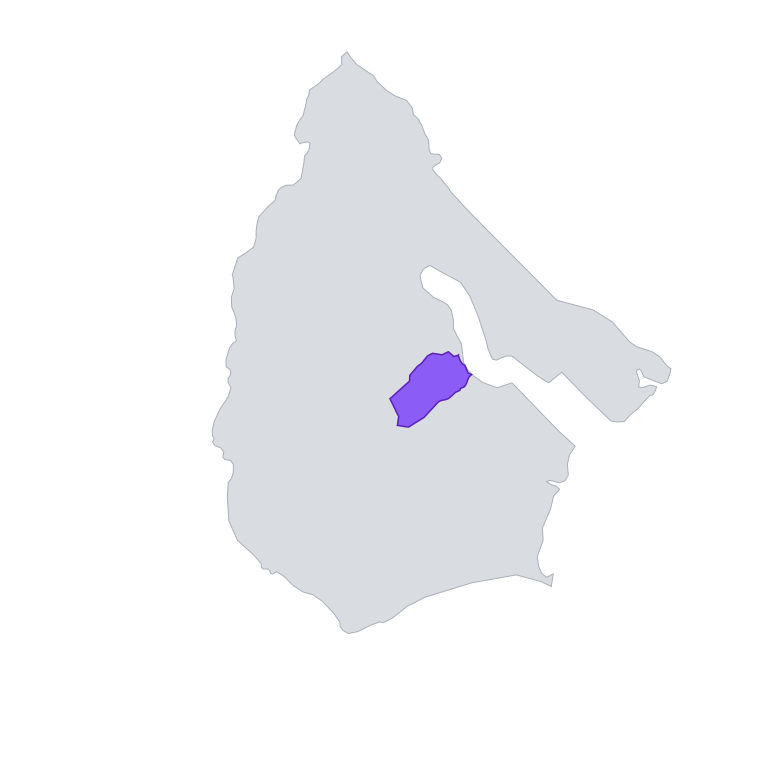 Koungheul, Kaffrine, Senegal shown in context, rotated 225°
{"feature_id": "50182788B42114348275286", "entity_name": "Koungheul", "entity_type": "district", "adm_level": 2, "iso_a3": "SEN", "parent_name": "Senegal", "parent_adm1": "Kaffrine", "projection": "natural_earth1", "projection_center": [-14.806, 14.237], "detail": "fine", "context": "in_parent", "style": "filled", "palette": "violet", "viewbox_px": 768, "rotation_deg": 225, "n_neighbors": 0, "source": "geoboundaries", "source_scale": "gbopen_adm2", "svg_char_len": 7973}
<svg xmlns="http://www.w3.org/2000/svg" viewBox="0 0 768 768"><g transform="rotate(225 384 384)"><path d="M568.4,353.7L576.5,369.7L574.8,377.4L573.0,388.5L577.5,396.7L582.8,402.0L586.6,406.9L590.8,413.6L591.5,427.0L590.8,436.7L593.5,441.0L595.9,446.6L595.4,451.2L593.9,455.2L588.8,460.6L588.0,470.6L596.3,482.8L601.6,489.4L601.6,493.2L603.1,497.3L607.0,502.2L609.4,501.0L612.1,497.1L613.3,494.4L620.4,495.6L623.7,496.8L628.3,504.7L630.0,510.0L631.1,516.6L635.9,524.9L640.1,530.8L641.0,534.4L644.7,539.3L642.4,550.3L642.7,555.9L640.2,570.6L639.7,577.5L639.9,580.1L645.5,585.3L645.0,592.8L639.2,591.5L629.3,590.6L609.3,594.5L602.5,592.9L589.4,593.4L580.1,595.5L568.2,600.4L559.0,599.2L554.1,595.4L547.5,595.6L540.1,593.6L532.3,589.9L525.1,588.1L517.4,581.3L513.7,580.1L511.2,581.8L509.1,584.1L506.8,585.5L502.6,584.3L501.0,579.7L502.3,575.2L502.7,571.8L500.8,570.0L496.0,569.4L488.4,569.4L476.1,568.0L473.3,567.1L445.8,566.0L417.2,565.8L393.0,565.7L362.5,565.6L341.0,565.5L320.9,565.4L305.5,574.4L288.7,584.2L266.2,589.4L240.2,587.5L231.9,588.9L223.4,593.3L217.0,596.4L208.1,598.3L196.6,596.8L191.9,597.7L189.0,593.2L185.7,586.0L187.8,580.7L194.8,577.3L205.4,572.8L211.0,575.1L214.2,575.2L214.8,572.4L213.8,570.9L205.8,567.0L201.7,561.9L198.2,564.9L195.3,571.1L192.8,573.0L189.2,574.8L187.2,570.5L186.3,566.4L187.9,563.2L187.1,545.2L188.1,535.6L187.6,527.2L192.7,521.7L197.4,518.3L215.9,517.9L233.2,517.6L249.8,517.8L266.7,518.0L268.4,501.3L273.7,499.9L281.7,498.2L296.7,496.2L313.3,494.2L316.8,490.9L319.6,485.4L321.4,480.4L324.8,478.3L329.4,479.9L335.5,482.5L341.9,486.6L349.1,490.3L353.9,492.7L365.5,498.6L385.4,506.8L401.7,510.1L421.4,504.1L435.6,500.2L437.4,493.0L435.2,486.0L424.6,479.5L410.1,480.3L405.7,482.0L399.0,484.1L395.0,485.0L388.2,483.5L379.5,477.9L374.1,472.3L366.5,469.7L357.5,467.1L343.1,455.5L335.6,453.4L328.4,452.8L314.7,455.1L301.4,461.3L294.3,475.3L280.9,475.1L252.5,474.6L226.4,474.2L204.8,475.2L202.7,465.0L197.6,456.9L189.3,450.0L187.5,443.6L190.3,438.0L198.4,433.4L200.2,430.1L196.0,430.6L189.6,433.6L185.4,433.7L184.9,424.9L177.9,413.4L170.1,394.1L161.1,386.1L153.6,370.4L145.8,364.4L138.6,361.6L132.4,362.2L130.1,369.4L122.5,359.1L133.0,355.4L155.5,342.5L181.4,305.5L204.6,261.6L207.6,251.3L210.4,243.4L212.3,225.5L215.7,214.8L218.8,212.8L222.7,204.6L227.5,190.3L232.8,182.3L238.8,180.8L243.5,181.4L246.8,184.4L256.5,186.2L272.7,186.9L285.2,184.8L294.0,179.8L305.5,177.3L319.9,177.2L327.4,175.1L328.2,171.0L330.0,169.8L333.0,171.4L335.9,170.8L338.5,167.8L341.1,167.6L343.8,170.2L355.8,170.9L377.2,169.9L396.9,177.5L415.1,193.5L424.5,204.2L425.1,209.6L428.1,215.0L433.5,220.5L438.5,221.5L443.0,218.0L446.5,218.4L449.1,222.6L454.3,223.4L460.0,220.9L464.2,221.8L464.9,224.2L465.9,225.5L468.6,226.1L472.4,229.3L477.7,237.8L482.0,249.7L485.3,265.0L489.7,273.3L495.1,274.7L498.3,277.8L498.9,281.4L500.5,283.9L503.1,285.3L507.7,284.5L513.1,289.6L518.9,300.8L519.8,305.9L518.9,308.6L519.3,310.6L523.1,312.5L526.8,316.1L529.8,321.6L536.2,326.5L546.1,330.8L553.2,337.2L557.5,345.7L566.6,352.9L568.4,353.7Z" fill="#d9dde1" stroke="#a8b0b8" stroke-width="1"/><path d="M328.7,452.8L328.8,452.8L329.0,452.5L329.6,452.3L330.0,452.2L330.4,452.0L330.8,451.8L331.2,451.7L332.0,451.3L332.4,451.2L333.0,451.5L333.8,451.8L335.2,452.4L336.5,452.9L337.5,453.4L337.6,453.5L337.9,453.6L338.0,453.6L338.3,453.8L338.5,453.8L339.1,454.0L339.5,454.1L339.8,454.2L340.1,454.4L340.3,454.3L340.5,454.3L340.7,454.2L341.0,454.1L341.4,453.9L341.7,453.9L341.9,453.8L342.1,453.8L342.4,453.8L342.6,453.8L342.8,453.8L343.1,453.8L343.3,453.8L343.6,453.8L343.8,453.8L344.0,453.9L344.3,453.9L344.5,454.0L344.8,454.0L345.0,454.0L345.3,454.1L345.6,454.2L345.8,454.2L346.0,454.2L346.1,454.3L346.3,454.4L346.5,454.4L346.7,454.5L346.9,454.6L347.2,454.6L347.5,454.7L347.6,454.8L347.8,454.9L348.1,455.0L348.3,455.2L348.5,455.2L348.7,455.3L349.0,455.4L349.2,455.6L349.4,455.6L349.5,455.7L349.7,455.8L350.0,455.9L350.3,456.1L350.5,456.2L350.8,456.3L351.0,456.5L351.3,456.6L351.4,456.8L351.6,456.9L351.7,457.0L351.8,457.1L351.8,456.9L351.9,456.7L351.9,456.4L352.1,456.2L352.3,456.0L352.3,455.7L352.7,455.5L352.8,455.1L353.1,454.7L353.3,454.3L353.4,454.0L353.6,453.8L353.7,453.5L353.8,453.1L354.1,453.0L354.2,452.8L354.3,452.8L354.6,452.7L354.8,452.8L355.2,452.8L355.7,452.7L356.2,452.7L356.6,452.6L356.9,452.7L357.5,452.6L358.0,452.6L358.4,452.6L358.7,452.5L359.2,452.5L359.9,452.4L360.5,452.4L361.1,452.3L361.3,452.2L361.5,451.7L361.6,451.3L361.8,451.0L361.9,450.8L361.9,450.5L362.1,450.0L362.2,449.7L362.4,449.2L362.6,448.6L362.7,448.4L362.8,448.0L363.0,447.5L363.2,446.9L363.4,446.3L363.6,445.6L363.8,445.4L364.1,445.2L364.6,445.0L364.8,444.8L365.1,444.7L365.5,444.4L365.8,444.2L366.0,443.9L366.5,443.6L366.8,443.4L367.1,443.2L367.3,443.1L367.6,442.8L367.8,442.5L368.3,442.3L368.6,442.1L368.8,441.9L369.3,441.5L369.6,441.3L369.9,441.1L370.3,440.9L370.6,440.5L371.0,440.4L371.1,440.2L371.4,440.0L371.5,439.8L371.6,439.4L371.7,439.1L371.8,438.9L371.9,438.5L372.0,438.2L372.1,437.9L372.2,437.5L372.3,437.2L372.3,436.9L372.5,436.6L372.6,436.3L372.6,436.1L372.7,435.8L372.8,435.5L372.9,435.3L372.9,435.1L373.0,434.8L373.1,434.6L373.1,434.3L373.1,434.2L373.0,433.8L373.0,433.5L373.0,433.4L373.0,433.2L372.9,432.9L372.8,432.5L372.8,432.3L372.8,432.0L372.8,431.7L372.7,431.5L372.7,431.1L372.6,430.8L372.7,430.3L372.6,430.1L372.6,429.8L372.6,429.6L372.5,429.3L372.5,429.0L372.4,428.8L372.4,428.5L372.4,428.3L372.4,428.0L372.3,427.9L372.3,427.5L372.3,427.3L372.3,427.0L372.2,426.8L372.2,426.5L372.2,426.3L372.2,426.0L372.1,425.9L372.1,425.7L372.1,425.3L372.1,425.1L372.1,424.8L372.2,424.6L372.2,424.4L372.3,424.0L372.3,423.9L372.3,423.7L372.4,423.2L372.4,422.9L372.5,422.6L372.5,422.4L372.6,422.1L372.6,421.9L372.7,421.5L372.7,421.2L372.8,420.7L372.8,420.4L372.8,420.1L372.8,419.9L372.8,419.6L372.8,419.3L372.8,419.0L372.7,418.8L372.7,418.5L372.7,418.2L372.7,417.9L372.7,417.6L372.6,417.3L372.6,417.1L372.6,416.8L372.6,416.6L372.5,416.4L372.5,416.2L372.5,415.9L372.5,415.7L372.5,415.4L372.4,415.2L372.4,414.8L372.4,414.7L372.4,414.4L372.4,414.2L372.3,413.7L372.3,413.4L372.3,413.0L372.3,412.7L372.2,412.6L372.2,412.4L372.2,412.2L372.2,411.9L372.1,411.5L372.1,411.2L372.1,410.8L372.1,410.5L372.0,410.3L372.0,410.0L372.0,409.7L371.9,409.2L371.9,408.8L371.9,408.5L371.9,408.4L371.7,408.1L371.3,407.7L371.1,407.5L371.0,407.4L370.7,407.1L370.6,406.9L370.3,406.6L369.9,406.2L369.6,405.9L369.4,405.6L369.1,405.4L368.8,405.1L368.5,404.7L368.4,404.6L368.2,404.4L368.1,404.2L368.0,403.1L368.1,401.6L368.3,398.9L368.4,396.3L368.6,393.6L368.7,390.9L368.8,389.2L368.9,388.3L369.0,385.6L369.1,382.9L369.2,381.6L369.2,380.3L369.4,377.8L367.1,377.0L364.7,376.2L362.3,375.4L360.0,374.6L358.5,374.1L357.6,373.7L355.3,372.9L352.9,372.1L350.5,371.4L348.8,368.9L347.0,366.6L345.3,364.2L342.9,365.9L340.7,367.5L338.4,369.2L337.7,369.8L336.2,370.9L335.6,373.2L335.6,373.4L335.2,375.0L334.9,376.5L334.5,378.4L334.0,380.3L333.5,382.7L333.1,384.1L332.9,385.2L332.9,385.4L332.7,385.9L332.1,388.6L332.1,389.1L332.1,390.3L332.2,391.4L332.2,392.6L332.3,393.7L332.3,394.1L332.3,395.1L332.4,396.1L332.4,397.0L332.5,399.6L332.5,401.4L332.6,403.8L332.7,405.0L332.8,406.3L332.9,408.8L332.9,409.3L332.8,410.0L332.6,410.9L332.4,411.5L332.0,412.4L331.6,413.1L331.5,413.3L331.4,413.5L330.9,414.3L330.5,415.0L329.6,416.1L329.3,416.5L329.1,417.2L329.0,417.4L328.3,418.8L328.1,419.4L328.0,420.9L327.9,422.3L327.8,423.2L327.7,425.1L327.6,427.1L327.5,429.0L326.9,430.1L326.7,431.0L326.2,431.9L326.2,432.3L326.1,433.3L326.0,433.5L326.2,434.0L326.3,434.0L326.4,434.3L326.6,434.6L326.7,434.8L326.7,435.1L326.6,435.5L326.4,435.9L326.3,436.2L326.1,436.7L325.8,437.1L325.6,437.6L325.5,437.9L325.4,438.4L325.3,438.7L325.3,439.2L325.3,439.7L325.4,440.2L325.4,440.5L325.5,440.8L325.7,441.5L325.8,441.7L326.0,442.3L326.2,443.1L326.6,443.7L326.9,444.5L327.1,444.9L327.7,446.2L328.0,446.9L328.1,447.0L328.3,447.6L328.7,448.7L328.8,449.6L328.8,450.4L328.7,451.4L328.7,451.9L328.7,452.6L328.7,452.8Z" fill="#8b5cf6" stroke="#5b21b6" stroke-width="1.5"/></g></svg>